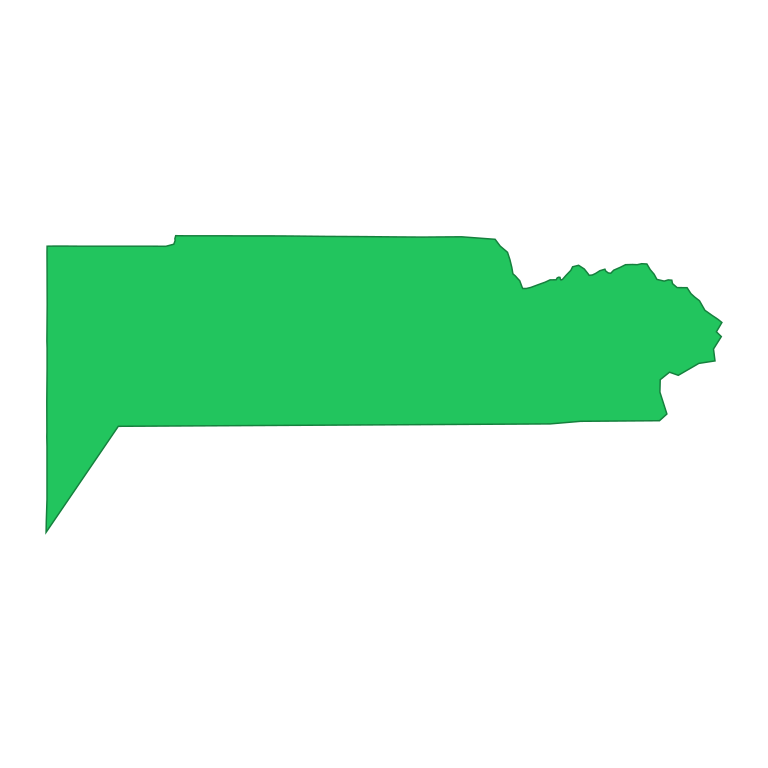 Dolores, Colorado, United States of America
{"feature_id": "52423323B89613253232033", "entity_name": "Dolores", "entity_type": "district", "adm_level": 2, "iso_a3": "USA", "parent_name": "United States of America", "parent_adm1": "Colorado", "projection": "mercator", "projection_center": [-108.387, 37.69], "detail": "fine", "context": "isolated", "style": "filled", "palette": "green", "viewbox_px": 768, "rotation_deg": 0, "n_neighbors": 0, "source": "geoboundaries", "source_scale": "gbopen_adm2", "svg_char_len": 1597}
<svg xmlns="http://www.w3.org/2000/svg" viewBox="0 0 768 768"><path d="M46.1,532.3L118.3,426.3L550.1,423.9L580.7,421.3L659.5,420.7L666.9,414.0L659.9,392.1L660.2,379.7L669.5,372.2L678.3,375.3L698.8,363.4L715.0,360.9L713.5,349.0L721.3,336.6L716.4,331.8L721.9,322.5L718.2,319.5L711.5,315.0L704.9,310.3L699.5,300.8L694.5,296.9L690.9,293.6L687.1,287.7L677.1,287.6L672.5,283.6L671.8,280.2L668.2,279.9L664.2,281.1L656.9,279.4L654.1,274.2L650.2,269.6L646.9,264.0L641.7,263.7L637.2,264.7L632.5,264.5L625.5,264.7L620.3,267.3L613.7,270.2L610.7,273.3L608.2,272.9L605.7,271.0L604.9,269.2L599.9,270.7L595.5,273.5L592.3,275.0L589.1,275.3L588.1,273.8L584.3,269.0L578.6,265.3L572.6,266.8L570.8,270.4L566.0,275.4L562.5,279.4L561.0,280.0L560.3,279.0L560.0,277.4L558.8,277.2L557.3,277.8L556.1,279.8L550.0,279.9L545.1,282.2L538.7,284.5L530.9,287.4L526.4,288.5L522.7,288.5L522.0,286.9L519.7,280.7L517.8,278.7L515.4,276.0L512.9,273.8L511.8,267.4L509.9,259.6L507.5,252.3L500.2,246.1L495.1,239.3L461.6,236.8L447.5,236.9L433.4,237.0L423.0,237.1L394.5,236.9L362.4,236.6L326.5,236.4L289.2,236.0L271.8,235.9L243.8,235.9L221.3,235.8L204.2,235.8L185.0,235.8L175.7,235.7L174.9,238.6L175.1,240.6L173.8,244.2L165.9,246.3L150.1,246.2L142.4,246.2L136.1,246.2L134.5,246.2L132.2,246.2L129.2,246.2L125.8,246.2L116.7,246.2L110.0,246.2L94.8,246.2L87.0,246.2L79.2,246.2L66.6,246.1L53.4,246.1L47.1,246.2L47.0,252.2L47.1,274.4L47.1,278.9L47.2,304.8L46.9,341.0L47.1,348.1L47.1,367.6L47.1,369.0L46.8,401.6L46.9,432.1L46.8,436.5L47.0,446.3L47.0,499.2L47.0,499.3L46.3,521.4L46.1,532.3Z" fill="#22c55e" stroke="#15803d" stroke-width="1.5"/></svg>